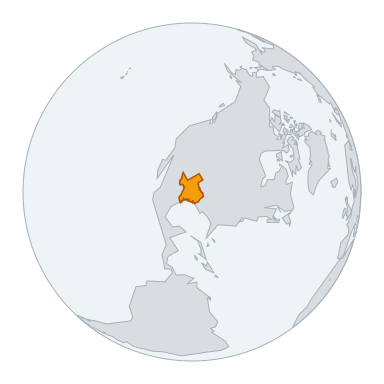 Texas highlighted on a globe, orthographic projection, rotated 57°
{"feature_id": "USA-3536", "entity_name": "Texas", "entity_type": "State", "adm_level": 1, "iso_a3": "USA", "parent_name": "United States of America", "parent_adm1": "", "projection": "orthographic", "projection_center": [-98.169, 31.172], "detail": "fine", "context": "on_globe", "style": "filled", "palette": "amber", "viewbox_px": 384, "rotation_deg": 57, "n_neighbors": 0, "source": "natural_earth", "source_scale": "10m", "svg_char_len": 13637}
<svg xmlns="http://www.w3.org/2000/svg" viewBox="0 0 384 384"><g transform="rotate(57 192 192)"><circle cx="192" cy="192" r="169" fill="#eef3f6" stroke="#a8b0b8"/><path d="M249.1,252.4L245.3,251.4L241.8,256.7L228.0,251.2L222.5,242.4L177.1,229.3L171.8,224.2L170.7,215.9L151.0,187.0L161.7,213.9L154.8,208.6L148.6,198.8L151.1,196.7L145.6,182.4L138.9,176.4L135.1,158.3L141.7,136.4L144.4,140.3L145.7,135.0L142.4,130.0L139.8,128.1L139.7,106.6L130.0,93.6L122.3,94.5L127.6,90.8L109.9,96.4L101.7,94.7L113.9,93.7L117.3,91.5L113.2,88.6L115.8,85.8L115.3,82.9L118.9,79.9L125.7,80.1L128.1,78.3L125.0,76.4L126.6,72.6L130.8,75.6L134.0,69.4L146.0,69.7L154.3,81.8L163.8,81.1L179.9,91.6L181.3,88.7L188.3,91.5L192.5,89.4L194.3,92.4L196.1,88.1L193.7,85.8L193.7,83.3L195.9,82.0L198.6,85.4L197.9,86.6L199.8,87.0L200.2,89.3L201.3,87.4L204.3,92.0L204.7,85.6L209.9,87.8L211.0,91.4L206.4,93.3L197.6,108.1L197.3,113.2L201.4,117.9L218.4,121.4L219.9,126.4L225.2,131.4L226.4,127.3L222.7,122.1L226.3,116.2L221.4,111.0L222.2,108.0L218.9,102.1L224.2,100.7L231.1,102.6L234.1,107.6L237.2,108.8L238.3,102.4L247.5,110.7L260.2,114.8L262.0,117.4L258.7,124.9L248.9,128.5L244.6,139.9L252.3,130.3L256.8,137.9L259.6,138.5L262.2,137.1L262.4,133.5L265.0,135.8L258.4,145.7L255.9,143.7L258.0,140.4L253.4,142.4L249.0,149.9L251.7,153.6L242.2,162.3L244.0,165.2L242.9,169.0L240.7,163.7L244.5,173.7L233.7,188.0L238.7,205.8L228.6,193.2L221.7,192.7L213.8,194.1L214.5,197.0L203.1,196.1L194.1,203.2L192.8,217.6L198.3,228.1L210.8,227.4L213.7,221.1L222.3,218.7L218.1,235.4L233.5,235.5L233.1,247.3L237.9,252.4L245.1,249.6L252.8,250.8L257.5,243.1L265.4,237.4L266.4,246.5L270.1,236.9L275.0,240.0L290.3,234.4L289.3,236.9L302.3,242.6L314.9,241.1L317.9,245.9L316.5,250.6L320.6,249.3L320.6,251.8L335.4,245.3L341.8,245.4L340.7,253.8L333.8,267.9L323.8,289.9L310.3,303.3L304.4,311.4L289.5,325.3L281.6,328.5L281.3,331.3L274.8,335.5L269.1,337.9L265.9,340.7L261.5,342.2L262.9,342.7L252.7,347.8L252.1,349.1L243.9,352.3L243.6,352.7L241.6,353.3L238.8,354.2L237.5,354.6L232.8,355.5L234.8,353.9L239.0,352.2L236.4,352.6L245.6,347.8L241.8,349.3L248.0,342.7L256.2,335.4L266.7,313.5L264.5,309.7L253.7,306.9L240.9,290.6L245.3,281.6L242.1,278.2L252.5,263.7L249.1,252.4ZM57.2,189.6L58.0,185.8L59.0,189.1L57.2,189.6ZM57.6,182.9L57.5,184.3L57.4,183.0L57.6,182.9ZM56.9,181.6L57.4,182.5L56.7,181.8L56.9,181.6ZM55.7,180.2L56.4,180.8L55.7,180.2ZM238.9,212.0L256.4,216.8L247.4,220.0L249.0,218.1L244.3,215.5L236.0,213.8L227.8,217.1L238.9,212.0ZM54.5,177.1L54.2,176.2L54.9,176.4L54.5,177.1ZM244.5,200.6L241.6,200.6L244.4,199.9L244.5,200.6ZM138.3,127.8L142.0,130.3L144.1,136.1L140.7,134.3L138.3,127.8ZM134.7,117.5L137.2,117.6L135.6,122.8L134.6,121.1L134.7,117.5ZM116.2,96.1L118.8,97.5L115.4,97.2L116.2,96.1ZM114.6,83.0L113.1,83.6L113.5,81.9L114.6,83.0ZM216.2,103.4L217.6,102.8L217.5,104.2L216.2,103.4ZM213.6,101.5L212.6,103.6L211.1,103.0L211.8,101.8L213.6,101.5ZM119.3,75.9L120.4,73.2L120.4,76.0L119.3,75.9ZM215.2,99.2L208.8,101.8L206.3,100.8L206.8,95.3L215.2,99.2ZM121.8,71.7L124.5,65.7L121.3,66.3L132.0,61.5L126.1,68.0L126.7,71.1L124.4,70.3L121.8,71.7ZM192.0,85.7L194.7,88.1L190.3,87.4L192.0,85.7ZM189.2,86.0L175.8,88.4L173.0,84.5L178.0,84.3L172.6,80.6L177.8,77.5L181.9,78.9L182.7,81.9L184.1,78.5L189.2,86.0ZM137.4,60.1L139.1,58.9L138.7,60.3L137.4,60.1ZM193.3,82.3L190.9,83.0L188.3,79.6L192.7,77.7L192.1,79.3L193.3,82.3ZM168.7,81.3L167.5,78.7L171.4,75.4L171.4,74.0L177.7,77.2L168.7,81.3ZM193.8,79.4L195.0,76.8L198.3,77.2L195.5,81.4L193.8,79.4ZM185.7,79.6L184.7,78.0L186.7,78.2L185.7,79.6ZM210.6,77.8L207.8,78.4L206.1,76.7L210.6,77.8ZM195.1,75.8L194.0,75.7L193.0,75.1L194.4,73.6L195.1,75.8ZM179.9,74.7L181.8,74.0L177.6,73.2L180.3,71.0L184.0,73.6L183.5,71.5L184.4,70.8L186.4,73.8L179.9,74.7ZM192.9,70.5L198.6,73.4L204.2,72.5L205.8,74.0L196.4,75.2L192.9,70.5ZM188.9,72.1L191.8,71.4L192.3,73.4L190.7,75.2L188.9,72.1ZM180.8,68.6L175.7,71.4L175.1,70.7L180.8,68.6ZM194.5,69.8L193.1,69.1L194.8,69.5L194.5,69.8ZM184.9,68.4L183.2,69.4L182.5,68.7L184.9,68.4ZM191.7,67.0L193.5,67.9L192.5,69.1L191.7,67.0ZM188.5,67.3L188.0,66.1L191.1,69.0L187.8,67.9L188.5,67.3ZM184.5,67.5L183.6,67.4L185.3,67.2L184.5,67.5ZM194.6,62.3L198.7,65.7L196.4,68.2L192.7,64.5L194.6,62.3ZM238.9,354.3L232.7,355.7L237.1,354.8L242.5,353.1L244.9,352.5L238.9,354.3ZM256.8,348.0L254.8,348.8L259.7,346.8L260.1,346.6L256.8,348.0ZM281.7,48.8L282.4,49.2L285.1,51.0L302.7,64.4L302.8,64.4L307.5,68.7L306.3,67.7L303.7,65.4L301.9,66.3L305.5,69.1L307.4,68.8L308.5,70.1L313.4,74.7L310.5,72.2L307.5,72.6L313.0,80.8L326.8,98.3L328.6,103.7L327.2,106.2L315.5,94.7L312.6,84.1L308.5,80.6L303.3,79.8L302.9,76.9L300.5,75.5L298.8,71.8L290.9,64.7L288.4,61.2L279.9,56.9L277.4,54.8L283.2,57.7L285.8,58.2L278.9,50.7L276.0,48.8L271.0,46.8L269.7,45.3L265.8,44.4L259.2,40.3L263.9,44.8L258.2,43.4L251.2,40.5L250.2,41.0L261.5,45.9L265.3,47.2L267.1,46.9L278.0,52.1L281.6,55.2L273.4,53.4L277.5,57.7L269.3,55.0L243.8,42.4L235.9,38.4L234.3,33.1L239.3,34.1L242.3,36.4L244.5,34.9L241.9,34.7L240.9,33.6L235.1,32.6L234.1,31.9L230.3,32.4L228.4,31.4L230.8,31.1L220.7,29.3L215.3,27.7L213.5,27.7L213.1,28.2L206.5,26.1L205.5,26.3L207.2,27.0L206.3,27.8L202.2,28.8L200.1,28.0L201.3,27.5L200.8,25.7L204.4,25.1L203.2,24.9L199.5,25.3L200.2,27.4L198.2,28.3L197.2,27.1L197.4,27.5L195.8,27.7L192.3,27.3L193.1,28.7L178.2,33.5L169.9,33.7L170.7,31.8L158.1,35.9L149.7,36.8L151.4,37.3L146.5,40.2L149.0,39.9L149.5,40.4L138.0,49.1L133.7,50.8L130.7,56.1L131.5,56.5L134.5,55.4L132.0,61.5L121.3,66.3L119.9,65.0L114.1,69.2L111.8,66.1L107.2,65.8L108.1,60.6L104.4,61.2L102.5,62.9L96.1,65.3L89.3,65.4L103.0,57.9L114.8,58.5L110.6,57.4L114.0,55.7L114.0,54.1L110.9,53.8L109.0,54.9L116.4,45.8L113.8,43.8L108.1,47.7L102.8,50.6L94.8,54.0L95.6,53.2L106.0,46.6L116.8,40.7L128.1,35.6L139.6,31.4L151.5,28.0L163.5,25.5L175.7,23.8L188.0,23.1L200.4,23.2L212.6,24.3L224.8,26.3L236.8,29.1L248.5,32.8L260.0,37.3L271.1,42.7L281.7,48.8ZM360.1,175.2L360.5,180.7L359.4,180.1L353.2,169.1L351.0,158.6L346.9,150.5L329.0,104.7L329.4,101.3L320.0,83.2L319.5,82.1L325.2,88.5L324.0,86.5L331.2,96.2L337.7,106.5L343.5,117.2L348.5,128.3L352.6,139.7L356.0,151.3L358.5,163.2L360.1,175.2ZM340.0,122.9L341.6,125.5L340.0,122.9ZM290.7,234.1L292.6,235.2L290.3,236.1L290.7,234.1ZM246.7,224.2L250.2,223.7L252.2,224.8L249.6,225.8L246.7,224.2ZM274.7,217.1L278.4,216.8L274.8,218.8L274.7,217.1ZM259.1,217.3L271.7,217.7L264.5,222.7L256.5,222.5L261.8,220.3L259.1,217.3ZM243.9,206.7L246.2,207.0L245.9,208.9L243.9,206.7ZM246.6,200.2L245.8,200.6L244.4,199.3L246.6,200.2ZM257.2,137.3L257.8,136.6L260.7,135.9L259.9,137.7L257.2,137.3ZM270.3,125.1L274.1,129.2L270.8,127.3L270.4,130.3L262.9,130.5L262.6,118.8L264.1,123.9L270.3,125.1ZM252.8,128.0L257.6,128.8L252.3,128.4L252.8,128.0ZM288.6,72.9L289.9,72.0L293.3,74.4L296.4,80.1L291.6,76.6L288.6,72.9ZM290.9,70.4L281.9,67.7L279.6,64.5L282.4,66.7L281.8,64.8L286.2,67.9L292.8,67.9L296.2,70.1L300.1,78.7L297.0,74.5L295.9,75.4L290.9,70.4ZM262.9,70.5L259.0,70.4L259.1,63.3L262.7,64.3L266.1,69.7L263.8,71.8L262.9,70.5ZM217.3,89.4L215.8,90.6L215.0,89.5L215.7,87.6L217.3,89.4ZM209.4,78.3L223.1,83.5L222.1,85.0L231.3,86.8L232.2,91.5L226.2,90.1L233.8,95.4L228.7,96.1L234.1,99.3L220.6,95.7L216.4,96.8L220.8,93.6L220.1,89.1L218.5,87.5L210.9,84.0L201.3,84.7L199.1,80.8L200.1,77.8L202.1,77.0L202.9,79.7L204.9,76.8L207.6,80.2L209.4,78.3ZM212.9,51.0L213.0,53.5L217.5,50.0L220.2,52.6L220.6,52.1L224.3,53.6L229.4,54.7L230.0,56.1L231.8,55.9L234.3,57.1L236.9,57.4L238.8,60.2L242.1,60.9L241.1,61.8L246.4,62.4L243.3,63.3L246.3,65.2L247.7,63.3L251.7,79.6L255.8,86.4L260.8,91.8L254.9,93.2L246.5,89.2L237.7,83.0L234.6,76.6L232.5,78.6L230.4,76.2L233.0,75.6L227.8,75.1L226.8,73.1L218.9,68.9L212.1,70.0L209.1,68.7L211.2,67.2L206.7,67.0L208.7,63.5L206.6,62.6L206.4,58.4L211.7,56.5L208.9,55.6L208.7,52.7L212.9,51.0ZM194.7,61.1L200.5,57.8L204.8,57.7L203.4,65.0L205.0,66.4L204.2,71.5L198.0,71.7L198.8,70.1L198.1,68.7L200.3,69.2L198.0,67.8L199.1,65.7L197.6,64.0L199.9,63.3L194.7,61.1ZM316.3,78.4L315.5,77.2L313.5,74.9L316.6,78.0L316.3,78.4ZM314.5,78.7L313.3,77.1L316.7,79.9L317.5,81.3L314.5,78.7ZM309.8,74.1L313.0,76.8L311.8,76.2L309.8,74.1ZM281.8,56.4L280.2,54.9L281.2,55.1L283.4,56.4L281.8,56.4ZM226.9,42.7L226.2,43.8L225.1,43.5L220.8,44.8L218.4,43.2L220.1,41.8L226.9,42.7ZM223.6,41.2L222.1,41.8L221.9,40.7L223.6,41.2ZM216.5,42.1L215.7,40.8L217.6,43.2L216.5,42.1ZM201.5,31.4L210.1,31.1L214.8,30.5L215.0,29.2L218.4,31.2L211.2,32.1L201.5,31.4ZM181.3,33.2L181.2,34.8L178.8,34.5L178.5,34.1L181.3,33.2ZM183.0,33.8L187.4,35.0L185.7,36.2L182.6,35.0L183.0,33.8ZM205.8,37.1L208.5,37.1L208.6,38.0L205.8,37.1ZM83.0,62.9L82.7,63.2L79.3,66.1L83.0,62.9ZM84.7,61.5L89.4,58.3L83.9,63.0L81.7,64.7L81.8,64.1L84.7,61.6L84.7,61.5ZM88.9,59.0L91.8,56.7L104.7,49.8L106.1,49.7L93.3,56.7L95.3,55.0L93.1,56.1L88.9,59.0ZM137.7,58.6L139.0,58.8L137.1,59.5L137.7,58.6ZM151.0,40.2L151.2,41.1L149.0,41.6L151.0,40.2ZM150.7,43.8L153.0,42.5L151.4,44.2L150.7,43.8ZM158.1,39.8L154.4,42.2L156.7,39.5L158.1,39.8Z" fill="#d9dde1" stroke="#a8b0b8" stroke-width="1"/><path d="M171.3,189.5L171.0,189.2L170.8,188.7L179.8,189.3L180.5,176.1L187.7,176.3L187.6,181.9L187.8,182.0L188.3,182.5L188.5,182.5L188.6,182.4L189.0,182.5L189.0,182.3L189.3,182.4L189.5,182.7L189.5,182.9L189.5,183.0L190.0,183.0L190.7,183.3L191.0,183.2L191.2,183.4L191.4,183.4L191.6,183.2L191.9,183.3L192.2,183.2L192.2,183.6L192.5,183.7L192.5,184.0L192.8,184.1L193.3,183.7L193.4,183.9L193.7,184.0L193.8,184.2L194.0,184.1L194.3,183.9L194.4,184.0L194.4,184.3L194.5,184.5L194.6,184.4L194.7,184.2L194.8,184.1L194.9,183.8L195.0,183.8L195.2,184.0L195.5,184.1L195.7,183.9L195.8,183.9L195.9,184.1L196.0,184.2L196.1,184.3L196.3,184.3L196.5,184.5L196.6,184.3L196.8,184.3L197.0,184.1L197.5,183.9L197.7,184.0L197.8,184.0L197.9,183.9L198.2,183.8L198.3,183.7L198.4,183.8L198.5,184.0L198.9,184.0L198.9,183.9L199.1,183.9L199.1,183.7L199.7,183.9L199.8,184.0L200.1,184.3L200.4,184.3L200.5,184.4L201.1,184.6L201.3,184.7L201.3,184.8L201.5,184.7L201.8,184.7L202.1,184.8L202.3,189.4L202.7,189.7L202.8,190.0L202.9,190.5L203.2,190.8L203.4,191.2L203.3,191.3L203.4,191.5L203.5,191.7L203.6,192.0L203.7,192.4L203.6,192.6L203.6,192.8L203.4,193.5L203.3,193.8L203.2,194.1L203.3,194.4L203.3,195.0L203.2,195.3L202.8,195.6L202.8,195.9L203.0,196.1L202.4,196.2L201.0,196.9L200.7,197.2L200.9,196.9L201.2,196.7L201.4,196.7L201.2,196.6L200.7,196.7L200.8,196.5L200.9,196.2L200.6,196.0L200.4,196.3L200.0,196.1L199.9,196.2L200.2,196.3L200.2,196.5L200.4,196.8L200.2,196.9L200.3,197.0L200.6,197.2L200.4,197.2L200.4,197.4L199.9,197.8L199.7,197.7L199.8,197.8L199.8,198.2L199.2,198.6L198.6,199.0L198.4,199.1L198.1,199.1L197.7,199.3L197.8,199.4L198.3,199.2L198.0,199.4L197.6,199.5L197.1,199.9L197.2,199.7L197.7,199.5L197.6,199.4L197.0,199.6L197.3,199.5L197.1,199.5L197.1,199.3L196.9,199.3L196.7,199.4L196.6,199.2L196.5,199.4L196.7,199.5L196.3,199.6L196.5,199.6L196.5,199.4L196.4,199.5L196.3,199.4L196.2,199.4L196.1,199.2L195.9,199.2L196.0,199.5L196.3,199.7L196.3,199.8L196.2,199.9L196.4,199.9L196.6,200.0L195.9,200.4L195.8,200.1L195.7,200.1L195.6,199.9L195.5,200.0L195.4,200.1L195.6,200.3L195.6,200.5L195.4,200.9L195.2,201.0L195.3,200.8L195.2,200.7L195.3,200.6L195.1,200.7L195.2,200.8L195.0,200.7L194.8,200.9L194.6,200.9L194.5,201.1L194.7,201.3L194.8,201.1L195.0,201.0L194.6,201.8L194.4,201.9L194.5,201.8L194.4,201.7L194.1,201.8L194.2,201.7L193.8,201.8L193.7,201.7L193.8,201.8L194.0,201.8L194.1,202.1L194.4,202.2L194.0,203.3L193.7,203.5L193.6,203.4L193.8,203.4L193.7,203.3L193.9,203.3L193.8,203.1L193.4,203.4L193.2,203.0L193.0,202.9L193.2,203.3L193.3,203.4L193.2,203.4L193.6,203.6L193.9,203.5L193.9,203.8L193.8,204.0L193.6,204.3L193.6,204.5L193.8,204.6L193.6,204.6L193.6,204.8L193.8,204.9L194.0,205.7L193.9,205.7L193.8,205.8L193.9,206.0L194.1,206.1L194.1,206.4L194.3,206.4L194.2,206.5L194.3,206.9L194.5,207.0L194.4,207.0L194.5,207.3L194.6,207.2L194.7,207.3L194.4,207.3L194.3,207.5L194.2,207.4L194.2,207.5L193.7,207.5L193.3,207.1L193.1,207.1L192.4,207.0L192.2,207.0L191.9,207.0L191.7,206.9L191.4,206.8L191.5,206.7L191.3,206.6L191.2,206.6L190.9,206.5L190.7,206.5L190.3,206.1L190.1,206.1L189.9,206.1L189.5,206.0L189.6,205.8L189.5,205.7L189.4,205.6L189.2,204.8L188.8,204.4L188.8,204.2L188.6,204.1L188.7,203.7L188.5,203.4L188.6,203.0L188.6,202.8L188.5,202.5L188.3,202.4L188.1,202.4L187.9,202.1L187.7,202.0L187.5,201.7L187.4,201.5L187.4,201.4L187.1,200.9L186.8,200.7L186.7,200.6L186.5,200.3L186.3,199.9L186.3,199.7L186.2,199.5L186.1,199.4L186.0,199.2L185.9,198.8L185.8,198.7L185.7,198.6L185.6,198.0L185.3,197.8L185.2,197.6L184.7,197.2L184.2,196.7L183.9,196.5L184.0,196.4L183.8,196.3L183.7,196.0L183.6,195.9L183.4,196.0L183.4,195.9L183.3,196.0L183.1,196.0L182.7,195.9L181.9,195.9L181.4,195.6L181.2,195.9L180.9,195.9L180.4,196.0L180.0,196.8L180.0,197.1L179.9,197.1L179.8,197.4L179.9,197.5L179.6,197.6L179.5,197.8L179.3,197.9L179.2,198.1L178.8,198.1L178.7,198.0L178.2,197.6L177.8,197.5L177.6,197.4L177.6,197.2L177.2,197.2L176.9,197.0L176.4,196.4L176.2,196.4L175.9,196.2L175.7,196.0L175.7,195.6L175.4,195.1L175.4,194.8L175.4,194.4L175.0,193.7L174.9,193.1L174.7,193.1L174.7,192.9L174.2,192.5L173.8,192.4L173.4,191.9L173.3,191.7L172.9,191.3L172.4,190.7L171.8,190.4L171.5,189.6L171.4,189.5L171.3,189.5ZM194.7,202.1L194.9,201.8L194.6,202.4L194.4,202.8L194.1,203.6L194.1,203.3L194.4,202.4L194.5,202.4L194.7,202.1ZM194.6,206.4L194.7,206.9L194.4,205.8L194.1,205.1L194.0,204.8L194.0,203.9L194.0,203.7L194.1,204.5L194.2,205.0L194.6,206.4ZM196.5,200.2L196.5,200.3L195.8,200.8L195.5,201.1L195.6,200.9L195.8,200.7L196.3,200.3L196.5,200.3L196.5,200.2ZM200.6,197.2L200.8,197.3L199.9,198.0L199.9,197.9L200.6,197.3L200.6,197.2ZM195.4,200.9L195.4,201.0L195.0,201.8L195.0,201.6L195.2,201.3L195.4,200.9ZM196.7,200.1L196.8,200.0L197.0,199.9L196.9,200.0L196.7,200.1Z" fill="#f59e0b" stroke="#b45309" stroke-width="1.5"/></g></svg>